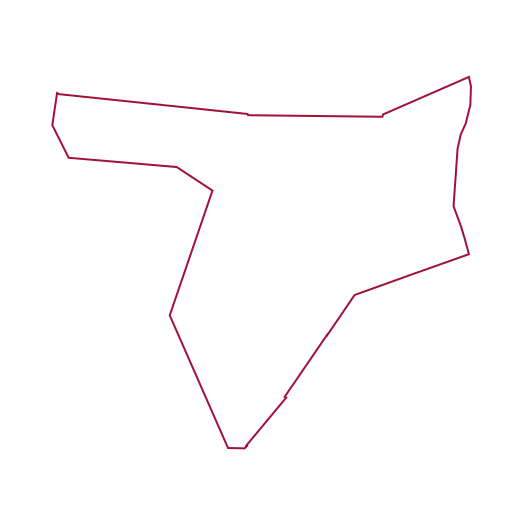 Guesneau, Castries, Saint Lucia, rotated 184°
{"feature_id": "8701671B77991927650857", "entity_name": "Guesneau", "entity_type": "district", "adm_level": 2, "iso_a3": "LCA", "parent_name": "Saint Lucia", "parent_adm1": "Castries", "projection": "orthographic", "projection_center": [-60.966, 13.992], "detail": "fine", "context": "isolated", "style": "outline", "palette": "rose", "viewbox_px": 512, "rotation_deg": 184, "n_neighbors": 0, "source": "geoboundaries", "source_scale": "gbopen_adm2", "svg_char_len": 682}
<svg xmlns="http://www.w3.org/2000/svg" viewBox="0 0 512 512"><g transform="rotate(184 256 256)"><path d="M270.5,62.5L262.7,62.9L254.0,63.3L250.9,66.7L251.8,66.1L253.2,65.2L216.0,116.8L217.6,117.5L180.7,180.4L179.7,182.2L179.5,181.8L154.9,224.0L95.8,250.0L43.7,272.7L49.9,290.3L50.1,290.6L53.4,299.5L62.4,319.4L62.4,348.5L62.4,376.9L61.7,381.6L60.3,391.2L56.9,400.5L56.1,402.5L54.6,411.0L52.7,421.7L53.0,429.4L53.4,440.2L56.1,449.5L139.1,406.1L139.5,404.3L139.7,403.7L242.7,397.7L273.8,395.9L274.3,397.1L294.6,397.8L463.5,403.7L465.8,404.7L468.3,372.3L449.7,340.9L341.3,339.2L304.0,318.2L337.9,190.8L336.2,187.5L270.5,62.5Z" fill="none" stroke="#9f1239" stroke-width="2"/></g></svg>